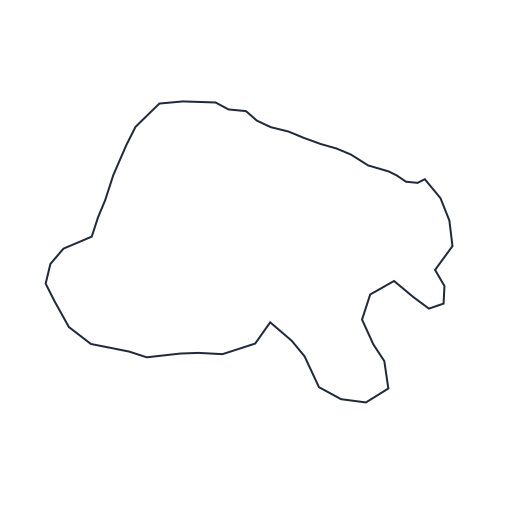 outline of Strongylos, Cyprus, rotated 18°
{"feature_id": "46923920B68545316730877", "entity_name": "Strongylos", "entity_type": "district", "adm_level": 2, "iso_a3": "CYP", "parent_name": "Cyprus", "parent_adm1": "", "projection": "mercator", "projection_center": [33.65, 35.172], "detail": "fine", "context": "isolated", "style": "outline", "palette": "slate", "viewbox_px": 512, "rotation_deg": 18, "n_neighbors": 0, "source": "geoboundaries", "source_scale": "gbopen_adm2", "svg_char_len": 840}
<svg xmlns="http://www.w3.org/2000/svg" viewBox="0 0 512 512"><g transform="rotate(18 256 256)"><path d="M170.1,122.5L138.6,131.6L117.0,140.9L101.5,170.4L98.4,190.6L95.3,223.2L95.3,249.5L93.8,268.2L93.8,288.3L70.6,308.5L62.9,327.1L64.5,347.3L78.4,361.3L100.0,381.4L126.2,390.7L164.9,386.1L183.4,386.1L214.3,372.1L231.3,365.9L254.5,359.7L282.3,339.5L290.0,314.7L316.2,325.6L333.2,336.4L356.4,361.3L381.1,365.9L405.8,361.3L422.8,341.1L410.5,316.3L395.0,303.9L376.5,283.7L376.5,257.3L395.0,237.1L418.2,246.4L436.7,252.6L449.1,243.3L444.5,226.3L430.6,213.9L439.8,185.9L429.0,162.6L413.6,144.0L392.8,130.8L387.1,136.5L375.7,139.0L365.0,135.9L356.1,134.6L334.6,135.2L315.0,130.2L299.2,128.9L282.7,129.5L265.0,128.9L248.5,127.6L230.2,128.9L215.0,127.0L201.7,121.3L184.6,125.1L170.1,122.5Z" fill="none" stroke="#1e293b" stroke-width="2"/></g></svg>